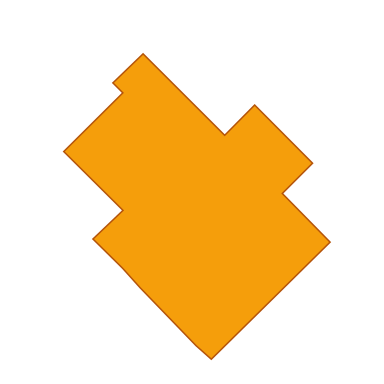 Langlade, Wisconsin, United States of America (Albers equal-area conic projection), rotated 225°
{"feature_id": "52423323B38339757578599", "entity_name": "Langlade", "entity_type": "district", "adm_level": 2, "iso_a3": "USA", "parent_name": "United States of America", "parent_adm1": "Wisconsin", "projection": "albers", "projection_center": [-89.026, 45.249], "detail": "fine", "context": "isolated", "style": "filled", "palette": "amber", "viewbox_px": 384, "rotation_deg": 225, "n_neighbors": 0, "source": "geoboundaries", "source_scale": "gbopen_adm2", "svg_char_len": 367}
<svg xmlns="http://www.w3.org/2000/svg" viewBox="0 0 384 384"><g transform="rotate(225 192 192)"><path d="M127.1,297.6L209.2,297.8L209.0,255.2L226.4,255.2L324.3,255.1L325.1,213.2L311.0,213.2L311.3,129.9L227.8,130.2L228.8,88.7L187.3,89.0L160.8,87.6L80.5,86.2L60.1,87.4L58.9,254.2L127.1,254.8L127.1,297.6Z" fill="#f59e0b" stroke="#b45309" stroke-width="1.5"/></g></svg>